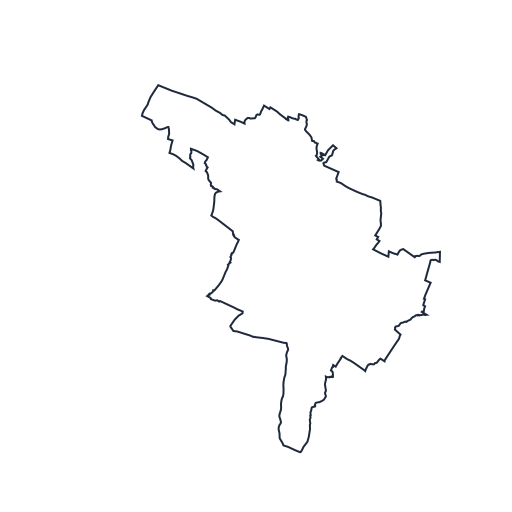 Glavanesti, Bacau, Romania, rotated 213°
{"feature_id": "2599482B83875857219872", "entity_name": "Glavanesti", "entity_type": "district", "adm_level": 2, "iso_a3": "ROU", "parent_name": "Romania", "parent_adm1": "Bacau", "projection": "robinson", "projection_center": [27.377, 46.271], "detail": "fine", "context": "isolated", "style": "outline", "palette": "slate", "viewbox_px": 512, "rotation_deg": 213, "n_neighbors": 0, "source": "geoboundaries", "source_scale": "gbopen_adm2", "svg_char_len": 6093}
<svg xmlns="http://www.w3.org/2000/svg" viewBox="0 0 512 512"><g transform="rotate(213 256 256)"><path d="M431.0,346.0L431.1,339.0L431.0,332.0L430.1,326.8L429.3,323.9L429.4,317.4L428.9,314.0L428.0,311.4L417.3,312.9L417.0,312.3L414.5,310.7L412.6,310.1L411.4,309.3L408.6,309.0L407.0,309.1L405.8,309.6L404.1,310.9L401.9,313.6L400.7,315.6L399.7,316.5L398.0,314.8L395.4,311.2L394.5,308.1L393.5,306.2L388.9,307.5L387.4,302.4L385.5,298.0L384.7,295.3L381.0,296.2L377.5,296.5L373.5,296.2L369.7,295.5L365.7,295.7L356.2,295.3L357.1,296.2L358.3,298.5L362.1,301.3L364.6,302.0L365.1,303.5L365.7,304.0L366.3,305.1L366.5,305.6L366.3,307.0L367.4,308.9L368.3,309.4L369.0,310.5L362.5,312.0L354.8,312.5L350.1,312.6L349.7,309.9L350.0,307.3L349.6,306.0L348.0,305.7L347.4,305.2L347.3,304.9L346.6,304.7L346.0,304.0L344.8,303.9L344.7,300.7L344.5,299.8L342.7,299.5L340.5,297.9L339.7,297.1L338.3,294.9L337.0,293.9L333.6,292.9L332.7,291.1L331.9,290.3L331.4,290.6L330.0,290.6L329.6,289.7L328.0,290.1L327.7,289.8L327.3,289.7L325.0,290.7L321.4,290.6L322.8,289.4L324.0,287.4L324.2,285.7L323.0,282.8L320.5,278.7L317.3,272.2L316.3,269.2L315.5,265.6L312.9,265.4L311.0,265.7L307.7,265.6L289.0,264.1L287.2,262.0L286.4,261.9L285.9,261.6L286.2,261.1L285.0,260.5L283.7,260.1L279.2,260.1L279.2,259.2L278.8,258.6L278.6,255.6L277.0,247.2L277.3,245.1L277.8,245.1L277.8,244.6L277.5,243.6L277.1,243.3L276.9,241.2L276.4,241.1L275.6,240.5L274.9,238.5L274.7,236.4L273.9,236.4L274.8,233.4L274.0,233.0L273.1,229.3L272.8,226.0L271.3,218.2L271.1,215.9L271.3,211.2L272.1,204.8L272.3,204.2L273.2,204.0L272.7,202.1L273.8,199.4L273.8,198.6L274.5,198.9L274.7,198.3L274.7,196.9L275.1,195.8L271.4,196.1L270.4,195.3L266.2,196.2L265.2,196.9L264.5,197.7L262.1,197.7L261.8,198.6L247.2,200.7L242.1,201.2L241.5,201.4L236.9,202.2L236.1,200.6L238.1,196.4L238.4,194.9L239.2,190.9L239.4,183.4L239.0,182.8L234.1,180.8L230.8,182.4L217.6,186.1L213.9,186.7L213.7,187.1L213.0,187.5L211.8,187.8L210.1,188.8L209.6,188.9L206.4,190.6L200.4,193.3L185.5,198.3L183.1,199.6L182.7,199.5L181.0,197.5L178.6,195.7L178.0,194.8L177.6,192.2L176.9,189.8L176.1,188.5L174.3,186.7L173.3,185.2L172.1,182.9L171.5,181.2L170.5,179.0L169.7,177.9L166.8,172.6L165.9,169.1L164.1,165.0L162.6,162.4L160.4,159.4L158.0,155.5L156.8,152.7L156.9,151.7L156.1,149.0L154.5,145.6L152.2,142.3L151.5,141.0L149.8,135.4L148.7,133.8L147.2,132.7L144.5,130.2L144.2,129.2L144.2,126.7L143.6,124.6L142.6,122.9L139.7,120.1L137.3,116.6L136.8,116.0L131.6,113.4L129.8,112.1L125.0,113.4L117.1,114.5L112.4,115.4L111.8,115.8L111.7,117.8L112.2,121.8L111.7,128.2L113.2,133.0L116.5,140.4L118.8,143.6L119.3,145.2L121.2,147.3L121.9,148.3L122.1,149.8L122.6,150.6L123.5,151.5L123.4,152.4L124.0,152.8L125.3,154.9L125.4,156.1L126.2,157.9L126.7,159.4L126.4,160.0L124.5,162.0L124.8,162.7L125.5,163.1L125.9,164.7L125.9,165.2L125.3,166.1L123.2,168.0L121.9,170.1L120.9,172.2L120.8,172.8L120.9,176.3L122.1,177.5L123.4,178.5L123.7,179.2L123.9,181.0L128.1,185.7L128.7,186.8L130.2,191.0L131.7,192.9L130.7,193.0L128.6,194.1L128.5,194.5L127.8,194.9L127.9,195.1L127.2,195.6L126.9,196.2L126.1,196.0L125.6,196.6L128.0,199.9L128.9,200.4L129.0,200.7L130.8,200.8L131.5,204.1L131.3,204.6L131.0,204.8L131.1,205.6L131.6,205.7L131.9,206.6L128.9,206.6L129.1,210.1L129.0,216.1L129.3,216.2L129.1,219.2L122.5,219.2L120.4,219.6L115.9,219.7L103.3,219.2L101.7,219.0L102.3,221.2L102.2,221.7L102.5,222.5L102.5,223.8L102.7,224.7L102.5,226.3L101.8,226.7L101.2,227.9L100.2,228.2L98.2,229.3L98.0,229.6L97.9,230.9L96.6,232.2L96.2,236.3L95.7,237.7L90.9,237.7L91.2,238.3L91.3,240.6L91.2,256.9L91.0,264.5L91.8,267.1L92.0,268.8L99.4,269.9L99.6,270.7L100.4,271.7L100.5,272.8L98.3,275.1L98.1,278.1L97.7,279.1L96.6,280.0L95.2,282.2L93.9,282.6L93.7,283.7L91.8,286.8L91.6,288.9L90.9,290.7L90.3,291.3L89.7,293.2L88.7,294.2L88.1,294.1L87.9,294.3L88.1,294.8L87.5,295.3L86.6,295.2L86.3,295.7L85.5,296.2L83.8,298.0L82.1,298.6L80.9,299.6L86.5,299.4L86.4,299.9L84.8,300.1L86.4,303.9L86.8,305.9L89.0,305.9L90.6,311.8L91.8,311.6L92.8,315.8L95.0,328.7L100.9,327.7L106.4,345.4L107.2,347.4L106.8,348.2L105.5,349.2L104.8,349.3L103.5,350.6L102.6,350.8L100.7,350.6L98.7,351.1L104.0,359.7L107.4,356.7L112.5,352.9L116.4,349.4L118.3,347.3L118.5,345.9L119.0,345.1L119.5,344.6L120.6,344.2L122.7,342.3L122.1,341.9L122.2,341.4L136.3,342.0L137.3,340.8L138.2,339.4L138.4,337.3L138.1,334.2L139.8,333.9L140.9,333.4L142.9,332.9L147.1,332.3L144.6,327.5L153.0,326.2L161.4,325.4L161.2,326.8L161.1,331.1L160.7,333.6L160.6,335.8L163.8,335.7L163.9,338.5L167.2,338.2L167.3,345.3L167.6,349.2L168.5,350.7L171.0,353.7L174.2,360.0L175.8,361.7L177.8,364.9L178.6,365.7L181.8,369.9L190.9,368.2L194.5,367.1L198.2,366.7L199.6,366.1L206.2,364.8L215.3,363.5L219.2,363.3L224.7,363.4L228.8,362.4L229.3,363.0L229.9,364.1L230.8,364.4L232.4,371.4L248.0,368.9L249.9,370.4L250.0,371.0L249.6,371.6L248.2,372.9L248.6,378.9L248.3,379.9L247.2,381.6L247.2,382.1L248.5,386.4L248.3,387.6L247.2,390.2L251.7,390.8L253.2,383.9L252.9,378.2L256.7,378.0L256.7,377.7L257.9,377.6L257.5,376.9L256.7,376.9L256.4,376.6L255.0,376.6L255.5,376.1L256.1,374.3L252.8,374.0L253.4,371.5L255.1,370.3L256.3,370.2L255.9,371.3L260.2,372.6L260.0,373.0L260.0,373.6L261.1,376.1L263.7,379.0L264.7,380.6L265.5,383.8L266.4,383.4L267.3,383.6L268.5,383.2L270.0,383.9L271.6,383.1L274.3,385.8L277.6,387.0L281.9,387.9L283.7,388.6L284.0,389.1L284.4,392.4L285.2,394.4L286.1,395.1L287.2,396.6L287.3,397.8L290.0,399.9L294.3,399.2L297.2,398.4L297.0,397.5L296.0,395.7L295.1,394.8L295.2,394.2L295.0,392.9L296.6,392.4L297.7,392.5L299.0,391.8L301.6,391.1L302.6,391.1L304.9,390.4L304.5,388.9L303.6,388.5L302.9,387.7L302.7,387.4L303.1,387.2L303.9,387.4L305.4,387.1L305.8,387.4L312.9,387.9L317.3,388.6L324.9,388.5L324.8,386.6L331.2,386.5L330.6,382.5L330.5,380.2L329.8,377.4L329.9,376.5L330.2,376.2L331.8,375.6L332.4,374.4L331.9,371.9L332.0,370.9L335.6,368.2L336.9,368.0L338.1,367.3L338.4,366.6L339.0,364.6L339.0,363.5L338.9,362.5L337.7,360.8L341.7,360.3L347.7,358.9L345.8,354.7L349.9,354.6L352.6,355.7L358.7,356.8L360.9,356.0L364.2,356.4L369.0,356.0L374.0,356.3L391.6,355.5L395.1,354.6L400.7,352.9L416.9,348.7L431.0,346.0Z" fill="none" stroke="#1e293b" stroke-width="2"/></g></svg>